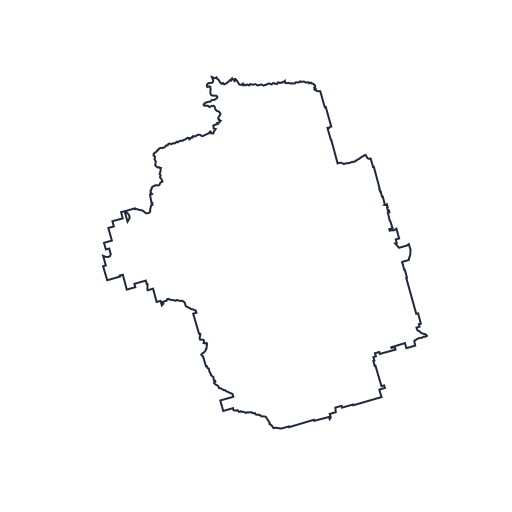 Blayney, New South Wales, Australia, rotated 65°
{"feature_id": "25037944B69063028114827", "entity_name": "Blayney", "entity_type": "district", "adm_level": 2, "iso_a3": "AUS", "parent_name": "Australia", "parent_adm1": "New South Wales", "projection": "robinson", "projection_center": [148.985, -33.617], "detail": "fine", "context": "isolated", "style": "outline", "palette": "slate", "viewbox_px": 512, "rotation_deg": 65, "n_neighbors": 0, "source": "geoboundaries", "source_scale": "gbopen_adm2", "svg_char_len": 6102}
<svg xmlns="http://www.w3.org/2000/svg" viewBox="0 0 512 512"><g transform="rotate(65 256 256)"><path d="M400.6,134.8L398.9,135.2L396.0,138.5L392.7,140.1L392.1,140.9L390.5,141.1L388.7,140.8L389.2,137.7L386.6,137.2L387.0,135.2L376.5,133.3L376.1,135.2L339.4,129.1L339.5,128.4L333.7,127.3L331.4,127.0L331.3,127.5L323.1,126.1L324.2,119.1L322.7,118.2L320.4,115.9L315.7,113.3L309.8,112.5L310.3,114.8L309.0,122.9L303.4,124.6L303.7,123.0L300.0,122.3L300.6,118.9L290.6,117.2L291.0,119.5L290.9,120.6L290.0,122.0L289.6,124.1L288.0,123.8L288.6,120.5L281.5,119.6L280.6,119.9L272.5,118.2L272.7,116.6L270.8,116.3L270.6,117.3L267.4,116.7L267.5,116.1L264.5,115.5L264.7,117.0L264.0,118.0L263.9,117.5L255.7,116.0L255.5,116.7L250.1,115.7L250.0,116.3L247.3,115.9L247.3,115.5L225.0,111.5L224.9,112.3L216.1,110.9L215.8,111.6L215.8,112.5L214.3,113.7L211.7,113.8L211.0,114.1L211.2,113.5L210.6,114.2L211.0,119.5L211.5,121.0L211.4,122.4L211.9,124.2L211.7,125.2L212.1,125.8L211.9,127.2L212.1,127.7L211.3,129.0L211.2,131.9L210.0,135.6L209.9,137.4L207.6,139.2L206.7,141.4L206.6,142.9L182.6,138.7L182.5,139.1L170.1,137.1L170.4,136.1L170.9,135.6L170.2,134.2L170.5,133.1L150.4,129.8L150.3,130.7L148.2,130.5L133.8,128.1L132.5,130.8L131.7,131.5L130.7,131.5L130.3,132.5L129.3,132.6L129.0,131.3L127.8,131.8L127.4,130.8L126.5,130.4L124.1,131.3L123.5,132.4L122.2,132.8L121.9,133.5L122.0,134.9L120.5,135.3L120.0,137.5L118.7,138.3L118.0,139.2L117.4,141.1L116.4,142.1L117.0,143.0L115.4,146.8L116.0,147.6L115.3,149.8L114.7,150.3L114.2,151.9L113.0,153.3L112.0,155.9L111.5,156.3L109.6,155.8L109.9,156.5L109.6,158.0L110.0,158.7L109.6,159.0L109.3,161.4L108.1,162.1L108.0,162.7L109.0,164.2L108.3,164.9L107.9,166.2L106.8,166.7L106.6,167.9L107.1,169.3L105.1,171.3L104.9,174.0L105.2,174.7L104.7,175.8L104.8,177.1L102.8,178.7L102.1,182.5L100.1,183.8L99.2,187.0L97.8,188.4L97.8,188.9L98.5,190.1L96.8,191.6L96.9,193.6L95.6,194.3L95.8,195.4L94.3,195.1L94.7,196.9L93.5,198.7L90.0,199.0L87.0,199.8L86.7,200.3L88.2,200.6L88.5,201.4L87.1,201.5L86.2,202.7L84.9,202.6L85.1,203.2L86.5,204.5L85.6,205.4L86.4,207.0L86.6,208.8L87.0,209.6L87.0,212.3L85.3,212.8L85.4,214.5L82.6,215.3L80.6,215.4L78.7,216.4L77.4,216.3L77.5,218.0L76.8,219.3L75.8,219.6L75.1,220.4L78.7,220.6L80.0,221.4L80.4,222.7L79.3,225.9L79.5,227.2L80.1,228.2L81.6,228.8L82.5,228.4L82.4,226.5L83.6,225.9L86.2,226.9L88.3,228.3L91.1,228.7L91.9,228.1L94.0,224.3L94.9,223.8L96.0,224.0L96.6,225.6L96.9,227.6L96.0,230.1L96.8,232.2L96.2,233.8L95.7,237.3L96.5,239.4L96.9,239.6L97.9,239.3L99.5,236.1L101.3,235.3L101.3,233.0L101.8,231.1L102.8,230.4L106.4,230.8L108.0,230.2L109.3,228.6L112.0,228.1L112.6,228.4L114.5,231.5L115.3,232.1L116.5,231.7L116.8,232.2L117.2,232.0L118.5,230.9L119.0,232.3L119.6,232.7L119.1,234.9L120.2,235.0L119.7,237.1L119.9,238.1L119.6,239.0L119.7,239.5L122.4,240.5L123.9,238.9L125.1,241.1L126.9,243.0L125.6,245.1L124.2,244.5L123.8,244.9L124.8,247.0L124.8,253.7L124.4,254.4L122.4,255.6L121.7,257.0L121.6,258.7L122.0,260.0L120.8,262.5L121.0,263.3L121.7,263.4L121.4,264.2L122.1,266.9L122.0,267.2L120.8,266.8L120.0,268.0L120.5,271.3L120.2,272.8L120.6,273.8L119.4,276.3L119.9,278.4L119.8,279.0L119.0,279.4L119.6,282.1L118.8,283.5L118.8,285.7L117.5,286.9L117.5,288.3L118.4,289.3L117.8,290.8L118.6,292.0L118.8,294.8L118.1,295.5L117.6,298.4L118.5,299.6L118.4,300.7L119.3,301.7L119.7,304.1L120.2,305.6L121.8,306.4L122.6,305.7L123.7,305.7L125.3,307.0L128.2,307.0L131.2,309.0L134.1,307.9L134.6,306.3L135.5,306.0L136.0,305.0L139.7,307.4L140.8,308.7L142.4,308.3L144.2,309.8L146.2,309.2L148.9,309.2L149.1,309.7L149.0,311.1L149.3,311.9L150.7,313.4L150.8,314.6L149.3,317.3L149.6,318.2L149.4,320.4L150.1,321.7L151.2,322.2L151.8,323.7L152.7,323.8L153.5,324.6L155.9,324.0L155.5,326.1L163.8,328.3L163.9,327.6L165.9,328.2L165.9,329.7L169.7,332.7L170.7,332.8L171.6,334.1L171.5,336.1L170.7,337.7L167.0,339.5L163.9,343.5L163.1,344.1L162.4,345.9L161.6,345.7L160.2,354.8L161.6,355.0L164.0,354.0L165.7,353.8L167.3,354.1L168.6,355.0L170.6,357.9L159.9,356.2L159.2,359.7L165.6,360.9L163.8,371.4L169.1,372.4L168.2,378.0L181.1,380.1L179.8,388.2L186.6,389.3L187.2,385.9L193.0,386.9L194.5,388.6L194.4,390.4L193.4,392.5L191.2,394.5L201.1,396.1L200.6,398.9L215.1,401.1L217.2,387.8L216.1,387.7L216.7,384.6L231.8,387.3L233.3,378.6L229.8,378.0L231.7,366.3L235.2,366.9L235.3,366.2L236.3,366.4L240.5,368.7L241.3,368.6L242.1,363.1L255.7,365.5L256.3,361.5L261.0,362.2L260.0,360.0L258.2,359.7L258.7,355.9L257.6,354.8L257.7,353.6L258.7,353.1L261.5,349.0L262.5,348.0L262.4,347.1L262.7,346.6L262.5,346.4L264.5,343.9L265.5,341.6L268.0,340.3L271.8,340.8L277.1,336.8L277.8,335.5L279.4,334.5L279.9,333.6L282.3,334.0L281.7,337.3L302.5,340.5L303.0,339.4L305.9,341.2L306.1,341.7L308.2,342.0L309.7,339.1L311.2,339.0L312.8,340.3L313.9,338.8L313.7,337.9L314.6,337.3L319.2,340.2L319.2,340.7L320.5,341.7L321.5,344.3L321.6,346.0L322.3,347.3L324.5,346.8L324.6,346.4L334.8,348.0L335.0,347.2L337.2,347.2L338.0,346.8L338.1,346.4L341.4,347.1L344.0,346.8L345.1,347.1L348.0,345.7L349.8,346.6L351.2,346.8L351.5,346.7L351.7,345.8L352.6,345.8L353.3,347.7L354.8,347.3L357.8,345.2L359.9,345.4L361.2,343.7L364.0,341.9L364.7,340.6L365.9,340.2L371.2,335.6L374.0,336.1L371.8,349.4L382.6,351.2L384.2,341.1L385.9,341.6L387.2,340.6L387.4,339.5L387.9,339.0L388.0,337.8L389.7,337.5L390.3,336.9L390.1,335.6L391.1,334.9L391.8,333.3L394.0,331.4L393.8,330.2L394.8,328.7L395.0,327.5L395.5,326.9L395.8,325.9L396.9,325.6L398.1,323.3L398.8,323.5L399.8,322.9L400.4,322.1L400.6,321.0L401.7,320.2L402.1,319.4L403.5,319.0L405.3,315.7L405.9,315.1L413.2,314.1L413.8,314.8L416.0,313.5L419.4,312.9L419.6,311.5L423.1,305.9L424.3,298.3L425.1,298.4L428.9,272.7L430.0,272.9L432.7,257.9L434.9,258.2L434.0,256.5L430.3,255.9L431.3,249.8L426.9,248.1L428.0,241.8L429.8,242.1L431.6,230.8L432.4,230.9L436.9,201.9L429.2,200.7L430.1,195.0L427.4,194.6L427.0,197.3L405.8,194.1L405.7,194.9L400.7,194.0L400.9,192.9L397.2,192.3L397.6,189.8L394.4,189.3L395.1,184.8L397.1,185.1L399.8,169.1L397.1,168.7L396.6,172.0L395.9,172.0L397.9,157.8L403.1,158.7L404.5,149.6L399.9,148.5L399.3,145.0L399.4,142.1L400.3,140.4L399.9,138.5L400.8,136.3L400.6,134.8Z" fill="none" stroke="#1e293b" stroke-width="2"/></g></svg>